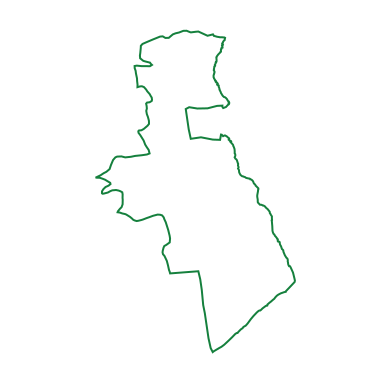 Moanda, Bas-Congo, Democratic Republic of the Congo (Natural Earth projection), rotated 265°
{"feature_id": "63176286B88277060419996", "entity_name": "Moanda", "entity_type": "district", "adm_level": 2, "iso_a3": "COD", "parent_name": "Democratic Republic of the Congo", "parent_adm1": "Bas-Congo", "projection": "natural_earth1", "projection_center": [12.948, -5.756], "detail": "fine", "context": "isolated", "style": "outline", "palette": "green", "viewbox_px": 384, "rotation_deg": 265, "n_neighbors": 0, "source": "geoboundaries", "source_scale": "gbopen_adm2", "svg_char_len": 6057}
<svg xmlns="http://www.w3.org/2000/svg" viewBox="0 0 384 384"><g transform="rotate(265 192 192)"><path d="M272.9,230.4L273.4,232.1L273.7,233.2L274.3,233.9L275.6,235.3L276.0,236.1L276.5,236.6L277.5,236.9L278.0,236.8L278.0,236.4L278.4,236.6L278.9,236.5L279.2,236.3L279.4,235.9L280.2,235.4L281.2,235.1L282.7,234.0L283.6,233.0L283.8,232.2L285.0,231.1L285.6,230.8L286.2,230.4L287.2,230.0L288.0,229.5L289.1,229.3L290.1,228.9L290.7,228.6L291.2,228.6L291.6,228.3L292.7,228.3L294.0,228.0L294.3,227.8L294.9,227.7L295.1,227.7L295.4,227.9L295.7,227.9L295.9,227.8L296.1,227.6L296.4,226.8L296.7,226.4L297.0,226.4L297.4,226.9L297.8,227.1L298.8,226.4L299.0,225.7L299.3,225.5L299.5,225.8L299.9,225.7L300.1,225.5L300.4,225.2L300.6,225.3L300.9,224.9L301.0,225.0L301.3,224.9L303.3,223.8L303.7,223.8L304.5,223.5L306.5,223.7L307.4,224.2L308.4,224.4L308.8,224.8L309.9,224.8L310.1,224.9L310.5,224.7L311.4,224.3L311.7,224.4L311.9,224.6L312.5,224.5L314.2,225.1L314.6,225.0L315.3,225.5L315.5,225.9L315.8,226.1L316.3,226.0L316.6,225.8L316.8,225.9L317.5,226.4L318.3,226.8L318.6,226.8L318.7,227.1L318.9,227.2L319.6,227.2L319.7,227.7L320.3,227.9L322.0,228.0L323.7,228.0L324.0,228.0L324.2,228.3L324.7,228.4L325.8,229.3L326.8,230.2L328.5,232.2L329.1,232.5L329.4,232.9L329.4,233.1L331.2,233.2L332.1,233.9L332.4,234.0L332.7,233.8L333.0,234.2L333.2,235.0L333.4,235.0L334.1,234.8L334.5,234.9L334.8,235.1L335.2,234.6L335.5,234.7L335.7,234.9L335.7,235.1L336.0,235.0L336.4,235.6L336.6,235.5L336.7,235.2L337.4,235.0L337.8,235.4L338.1,235.8L339.0,236.1L340.0,237.0L340.3,237.4L340.4,237.7L342.7,238.4L343.1,237.8L343.2,237.3L343.3,236.5L343.5,235.6L343.7,233.2L343.9,232.8L344.5,230.4L344.8,229.7L345.1,228.9L345.2,228.5L345.7,227.8L345.7,227.4L346.0,227.3L346.6,226.8L347.2,226.6L346.3,221.1L351.3,212.3L351.3,209.8L351.1,204.8L351.6,203.6L353.1,200.7L353.3,197.4L352.0,192.9L351.5,189.4L350.7,186.7L348.9,184.1L347.6,182.3L347.8,178.9L349.6,176.4L349.6,173.7L347.3,166.2L345.1,159.4L343.8,155.6L342.1,153.8L339.9,153.5L335.0,152.6L332.4,152.0L329.7,152.0L326.9,154.9L326.0,157.2L324.5,161.5L323.4,162.0L322.1,163.2L321.0,161.1L321.8,152.7L322.7,148.0L322.5,145.8L320.3,145.7L317.7,146.4L315.0,146.5L310.0,147.1L307.3,147.0L303.6,147.1L301.2,146.8L301.7,149.3L301.7,151.3L300.7,153.3L298.0,155.3L296.2,156.2L293.2,158.4L291.3,159.2L289.6,160.1L287.3,160.2L286.2,159.8L285.1,157.6L285.0,155.0L284.0,154.0L281.7,154.3L279.1,154.3L276.8,153.5L273.5,153.8L270.7,154.6L268.5,155.0L266.6,155.3L263.6,155.1L261.9,153.5L259.0,149.4L257.9,147.0L257.9,144.5L257.2,143.8L255.6,143.9L253.2,145.4L247.5,148.3L243.3,149.5L240.7,150.8L237.7,152.5L234.1,153.1L233.3,150.4L233.0,145.1L232.9,138.5L232.4,134.2L232.3,128.5L233.6,124.8L233.8,120.5L233.2,118.7L230.8,116.2L225.9,113.6L222.0,111.9L219.6,108.5L218.4,105.6L216.6,102.3L214.7,97.2L214.2,101.4L213.0,104.1L211.8,106.5L210.1,108.8L208.3,111.3L207.0,111.5L205.6,109.4L204.5,106.3L202.5,103.9L200.5,102.4L198.6,102.2L198.1,102.7L198.1,103.9L198.8,108.1L200.0,110.8L200.6,112.7L200.6,116.5L199.8,119.1L198.9,120.9L197.8,122.5L195.8,122.7L192.2,122.3L190.3,122.3L185.8,121.8L183.0,120.5L181.5,118.7L179.2,116.5L178.3,116.1L177.8,118.3L176.7,120.7L175.9,123.3L175.3,124.5L172.6,128.1L170.7,130.0L169.5,131.0L168.7,132.3L167.9,134.3L168.0,135.9L168.5,139.1L168.9,140.9L169.9,144.3L170.6,147.1L171.7,151.1L172.5,155.8L172.1,158.3L171.3,160.2L169.2,161.6L167.2,162.1L164.2,163.2L156.2,165.0L150.4,165.9L147.6,166.1L143.7,165.4L141.5,161.7L140.6,159.7L139.0,158.8L135.9,157.7L134.4,157.4L132.5,157.7L130.7,159.0L125.6,160.9L121.0,161.7L116.3,162.3L114.6,162.8L112.8,163.1L112.5,191.4L104.3,192.6L93.6,193.2L78.4,193.3L70.2,194.2L44.8,195.7L34.9,197.0L30.7,198.7L31.5,199.9L34.2,205.5L35.2,207.8L37.0,210.7L40.1,214.7L43.9,219.4L46.8,222.7L47.6,224.2L47.6,225.1L48.6,226.0L50.9,228.7L51.5,229.7L51.8,230.4L53.1,231.5L54.2,233.9L56.1,235.9L60.2,239.5L63.1,242.4L66.3,246.0L67.7,247.9L68.1,248.9L68.0,249.6L68.4,250.3L69.9,252.1L72.1,255.6L72.3,257.1L72.8,257.3L73.3,257.3L75.0,259.6L75.8,260.9L77.8,263.6L78.4,264.6L79.7,265.7L81.3,267.5L82.2,269.0L83.3,271.6L84.2,275.1L84.4,276.7L84.9,276.8L93.4,286.4L94.8,286.8L97.1,286.5L102.9,285.6L108.6,283.6L109.7,282.9L109.7,282.2L110.9,281.7L112.0,281.5L113.6,281.5L114.2,281.3L115.9,281.5L117.4,281.2L118.3,280.3L120.9,279.0L124.4,277.9L126.0,277.8L126.7,277.3L127.4,276.6L130.1,276.0L131.8,275.2L132.7,275.0L134.2,275.0L134.7,274.8L135.0,274.3L135.0,273.6L135.8,273.1L137.3,273.4L137.7,273.2L138.1,272.6L138.8,272.5L139.5,272.0L140.3,271.5L141.0,270.9L141.6,270.6L142.4,270.4L143.2,269.6L144.6,269.1L146.3,268.8L151.0,269.0L152.7,269.0L154.5,269.0L155.9,269.0L156.7,268.9L156.8,269.2L157.0,269.3L159.6,269.3L160.3,269.5L161.1,269.3L162.0,268.8L162.7,268.4L163.5,268.2L164.2,267.7L165.3,267.7L165.7,267.6L167.2,266.6L168.3,265.9L169.4,264.8L170.4,263.9L171.0,263.7L171.6,263.0L172.3,262.0L172.4,261.3L172.6,261.2L173.3,259.8L173.4,258.6L175.7,256.8L176.4,256.6L176.8,256.7L178.9,256.8L181.1,256.6L182.3,256.6L183.4,256.8L187.0,257.8L188.3,258.0L188.5,258.2L189.0,258.2L189.2,258.4L189.9,258.4L192.3,256.4L192.7,256.0L193.0,256.0L194.2,255.3L195.0,254.5L195.7,254.2L196.9,253.9L197.4,253.7L198.3,253.1L199.0,252.4L199.5,251.6L199.6,251.1L200.0,251.0L200.2,250.7L200.4,250.3L200.5,249.7L201.3,247.2L202.1,246.2L202.3,246.0L202.8,244.7L203.1,244.3L203.3,243.4L203.9,242.7L204.8,241.8L206.3,241.1L207.6,240.7L209.7,240.7L210.4,240.4L211.4,239.9L212.3,240.5L213.1,240.5L214.3,240.1L215.0,240.2L215.6,240.4L216.3,240.4L216.6,240.2L219.7,239.5L220.5,239.1L221.5,238.1L222.0,237.9L222.9,237.5L223.5,237.9L224.3,238.3L225.2,238.4L226.1,238.3L226.7,237.9L229.0,238.1L231.1,238.1L233.1,237.6L234.0,237.2L235.0,237.1L235.7,236.8L238.1,235.0L238.1,235.3L238.8,235.5L239.3,235.3L240.0,234.4L240.3,233.7L240.9,233.1L242.0,233.7L242.5,233.4L243.1,232.6L244.3,231.6L245.4,230.0L245.5,229.4L244.9,227.8L246.5,226.6L246.7,225.9L241.5,224.5L242.4,217.3L245.7,205.7L245.1,195.4L254.7,194.2L275.2,193.0L276.7,196.6L274.7,204.6L274.0,214.8L275.6,224.5L275.4,229.8L274.4,229.6L272.9,230.4Z" fill="none" stroke="#15803d" stroke-width="2"/></g></svg>